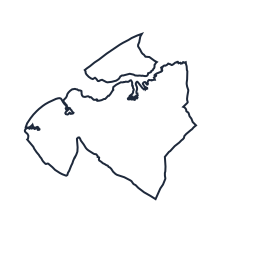 the district of Lindi Urban, Lindi, United Republic of Tanzania, rotated 230°
{"feature_id": "72390352B58883595926721", "entity_name": "Lindi Urban", "entity_type": "district", "adm_level": 2, "iso_a3": "TZA", "parent_name": "United Republic of Tanzania", "parent_adm1": "Lindi", "projection": "equal_earth", "projection_center": [39.68, -9.961], "detail": "fine", "context": "isolated", "style": "outline", "palette": "slate", "viewbox_px": 256, "rotation_deg": 230, "n_neighbors": 0, "source": "geoboundaries", "source_scale": "gbopen_adm2", "svg_char_len": 5948}
<svg xmlns="http://www.w3.org/2000/svg" viewBox="0 0 256 256"><g transform="rotate(230 128 128)"><path d="M152.8,195.1L152.5,194.6L152.5,194.0L153.0,192.8L152.9,192.1L152.4,192.0L151.9,192.3L151.5,192.2L151.0,191.1L150.2,191.3L149.8,190.7L149.8,189.7L151.3,185.1L151.5,183.2L151.4,182.2L151.1,182.1L150.6,183.0L150.1,183.2L149.9,182.9L149.9,182.4L150.0,180.3L148.9,180.1L147.7,179.6L148.3,178.9L149.3,176.7L149.7,176.7L150.4,175.7L151.3,175.0L151.3,174.3L151.1,173.5L150.5,172.5L150.0,172.0L149.2,171.8L148.7,171.1L148.9,170.6L149.3,170.4L151.4,170.7L152.2,170.6L152.7,169.9L152.8,169.0L152.6,168.1L152.3,167.7L148.9,167.3L147.8,167.9L147.0,168.0L146.4,168.4L145.8,168.0L146.1,167.2L146.4,167.0L146.3,166.2L147.1,166.6L147.6,166.6L147.5,165.0L149.5,164.7L156.7,165.0L157.6,164.7L157.7,164.1L157.2,162.7L156.5,162.1L153.6,161.1L152.8,160.6L152.0,160.0L150.3,157.6L149.1,156.9L148.4,157.4L148.0,157.0L146.7,156.4L146.6,155.9L147.0,155.5L146.6,155.3L147.4,154.4L147.3,154.0L146.9,153.9L146.6,154.2L145.1,154.6L144.9,153.9L145.2,153.6L146.4,153.2L146.8,152.6L146.5,152.1L145.6,152.1L145.2,151.3L145.5,150.9L146.0,151.1L146.6,150.9L147.5,151.6L147.4,151.0L146.9,150.3L147.2,149.4L147.7,149.5L148.5,148.3L148.9,151.1L149.4,151.5L149.8,150.9L149.7,147.5L150.2,146.6L150.6,146.8L150.9,148.3L150.8,149.9L151.5,150.1L151.4,153.4L151.9,154.7L152.8,155.5L153.5,156.9L154.0,157.3L155.5,157.6L157.2,158.7L157.7,158.4L160.3,160.5L162.0,160.9L162.7,160.9L163.1,159.9L163.1,158.2L163.5,157.5L165.0,156.0L165.3,155.0L165.9,154.4L166.2,153.5L167.6,151.9L168.7,146.7L168.8,143.1L166.9,140.9L166.6,141.0L166.4,139.8L165.3,136.3L164.9,134.1L165.4,133.6L164.9,129.3L165.7,128.1L166.3,125.7L167.5,123.4L168.6,121.9L168.9,121.9L169.5,122.6L169.8,122.6L170.2,122.3L170.4,121.3L170.8,120.8L171.8,119.8L175.2,119.5L175.6,119.3L176.1,118.4L177.6,118.1L178.4,117.2L179.4,115.1L180.2,114.3L181.2,113.7L182.6,113.8L183.8,114.3L185.8,115.8L186.4,116.1L187.8,115.3L188.6,114.3L190.2,113.9L190.6,113.4L191.8,112.7L192.3,112.2L193.2,110.5L193.5,110.2L193.7,107.6L193.5,105.3L193.0,103.5L191.6,101.3L191.1,99.9L191.0,98.7L190.7,96.3L189.7,95.7L188.6,95.5L186.9,95.7L186.1,95.5L184.8,95.7L182.7,94.5L182.3,94.7L181.5,95.7L180.8,95.9L180.2,96.3L179.3,95.8L178.0,96.1L176.1,95.7L174.8,96.1L174.5,95.6L174.6,94.9L175.0,94.4L175.1,94.0L175.6,93.6L175.7,93.2L176.2,93.0L176.8,93.3L177.2,93.2L177.3,92.7L177.0,91.3L177.1,90.5L177.5,90.1L178.6,89.3L179.6,89.5L180.0,90.0L180.3,91.2L180.4,93.5L180.8,94.4L181.1,94.2L181.5,92.6L181.9,92.5L183.1,92.9L183.2,93.1L183.1,93.7L183.2,94.5L184.0,94.5L184.9,95.0L187.0,94.7L189.7,94.9L193.0,95.5L193.9,95.4L194.9,94.7L195.7,93.5L196.6,91.5L198.7,83.8L199.4,80.1L199.7,77.0L199.8,72.0L199.6,68.7L199.1,64.2L198.1,59.5L196.4,53.7L194.2,49.9L193.9,49.8L193.3,50.9L192.5,51.8L191.9,53.0L191.7,55.5L191.9,56.2L191.8,56.4L191.5,56.4L191.7,56.9L190.9,56.6L190.1,56.0L188.8,56.0L188.4,56.2L188.5,56.5L187.8,56.6L187.7,57.4L187.2,59.2L186.8,59.5L186.2,59.6L185.6,59.5L185.0,58.5L184.7,58.7L184.5,59.3L184.1,59.5L183.9,59.4L183.7,59.0L184.1,58.2L184.6,57.7L185.8,58.1L186.3,58.6L186.6,58.5L186.8,58.2L187.1,56.2L187.3,55.8L189.5,55.3L189.4,54.0L190.1,53.9L190.4,53.5L190.8,52.0L192.0,51.7L192.8,50.8L193.0,49.1L193.0,48.6L192.4,47.4L191.5,46.8L189.8,46.9L188.2,47.2L186.4,46.8L185.9,46.5L184.3,44.8L184.0,44.2L184.0,43.4L174.5,43.4L172.3,42.8L168.2,42.4L164.6,42.4L162.7,42.1L160.4,42.1L158.3,41.6L156.6,41.5L153.9,41.7L153.2,42.0L152.4,43.6L151.9,44.0L146.6,44.9L142.8,45.2L137.3,46.9L134.7,48.0L131.5,49.8L131.1,50.2L131.0,51.3L132.3,53.3L133.0,55.4L135.6,60.2L136.7,62.7L138.1,64.9L139.7,68.1L139.9,68.7L139.7,68.7L140.8,71.2L142.4,74.0L145.6,77.0L152.4,81.8L152.7,82.2L152.6,82.6L152.7,83.8L152.0,84.6L150.1,84.3L148.8,83.8L143.8,83.5L140.0,82.9L138.2,82.9L136.2,83.3L130.5,85.1L129.7,85.5L128.5,86.6L128.0,86.8L126.0,86.7L125.3,86.1L124.2,86.9L123.9,86.9L122.4,85.3L121.6,85.1L119.2,85.8L117.2,86.1L115.5,86.9L113.5,87.5L112.1,88.3L110.7,88.1L109.5,88.7L107.5,88.9L104.1,88.5L100.8,88.9L99.1,89.5L92.7,93.5L86.7,96.0L85.1,96.5L81.8,96.2L81.0,96.4L79.4,97.1L75.5,97.4L68.4,99.0L61.7,101.5L55.8,103.4L60.9,113.9L62.2,118.5L65.0,123.8L65.5,124.3L67.7,125.6L69.8,127.3L70.8,128.7L74.3,131.9L82.2,137.7L83.4,144.0L83.2,145.5L84.1,152.1L83.9,158.0L84.2,161.2L84.1,162.8L84.4,164.4L85.6,166.0L86.0,168.6L86.0,175.0L85.9,176.3L86.3,178.6L86.3,181.8L91.0,181.4L94.5,182.6L97.4,182.7L100.4,184.0L101.7,184.0L102.2,183.7L103.4,183.5L104.8,184.4L105.9,184.6L107.6,184.5L108.7,183.9L109.1,189.5L109.3,190.2L110.0,190.7L111.3,191.2L112.4,192.0L114.4,194.1L117.6,197.9L118.4,198.6L121.7,199.9L124.1,201.3L125.4,202.5L127.2,204.5L133.4,210.0L134.6,210.4L137.6,212.6L139.9,213.6L141.3,214.5L141.7,213.2L142.5,213.0L143.0,212.6L142.6,211.8L142.6,211.3L143.2,210.1L143.6,210.4L144.3,210.1L145.1,208.3L145.5,208.3L146.1,208.7L146.7,208.7L147.1,208.1L147.0,207.4L147.6,206.5L147.7,206.0L147.7,203.7L147.9,202.4L148.3,201.8L149.7,201.4L150.5,200.7L151.2,200.5L151.5,200.2L151.3,198.6L151.5,197.8L151.6,196.9L152.3,196.3L152.8,195.1ZM200.1,135.3L200.2,132.1L198.7,131.9L197.5,131.0L195.8,130.6L192.5,130.8L189.6,131.6L188.1,132.5L187.7,135.0L186.1,135.3L183.5,135.1L183.1,135.4L182.7,135.8L182.3,137.6L181.6,139.1L177.2,140.9L176.2,141.6L174.9,143.6L173.8,145.3L171.9,149.3L171.6,151.2L171.6,152.9L172.4,155.3L172.1,157.2L171.3,158.1L168.4,164.2L165.3,166.6L163.7,167.2L161.6,169.3L161.1,170.2L160.0,171.3L159.1,172.1L158.9,172.6L156.8,174.4L156.0,175.5L155.8,176.4L155.9,177.0L156.4,178.0L157.0,178.5L156.1,181.3L156.2,181.9L156.6,182.3L156.4,184.3L157.0,185.5L157.0,186.3L157.3,187.0L158.1,187.9L159.3,188.9L159.6,190.2L160.0,191.2L160.0,192.5L162.5,191.5L168.6,190.0L171.4,187.2L174.0,187.3L175.3,186.9L177.0,186.9L180.4,187.7L183.5,188.1L184.2,188.3L185.3,189.3L186.5,191.7L190.2,196.3L191.2,199.1L192.9,194.6L194.6,188.6L195.1,185.0L196.5,178.8L197.1,175.2L198.7,159.4L199.1,149.7L199.7,144.5L199.8,138.5L200.1,135.3Z" fill="none" stroke="#1e293b" stroke-width="2"/></g></svg>